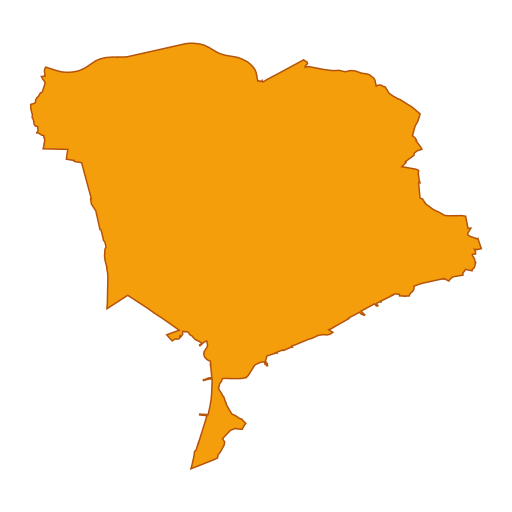 Breda, Noord-Brabant, Netherlands
{"feature_id": "6326949B29161299179415", "entity_name": "Breda", "entity_type": "district", "adm_level": 2, "iso_a3": "NLD", "parent_name": "Netherlands", "parent_adm1": "Noord-Brabant", "projection": "natural_earth1", "projection_center": [4.749, 51.564], "detail": "fine", "context": "isolated", "style": "filled", "palette": "amber", "viewbox_px": 512, "rotation_deg": 0, "n_neighbors": 0, "source": "geoboundaries", "source_scale": "gbopen_adm2", "svg_char_len": 5863}
<svg xmlns="http://www.w3.org/2000/svg" viewBox="0 0 512 512"><path d="M107.0,308.7L127.7,295.3L146.9,307.8L154.6,313.3L162.6,318.5L179.2,330.2L166.7,334.8L172.2,340.9L175.2,338.9L176.2,339.2L178.5,338.9L178.8,338.8L180.5,337.1L179.8,336.3L180.1,335.7L180.4,335.6L181.3,336.2L182.1,335.0L182.5,334.7L182.8,333.9L182.6,332.5L182.8,331.5L184.0,331.3L185.1,331.9L186.8,331.6L188.6,332.6L189.1,333.1L189.3,334.2L189.6,334.6L191.9,335.9L193.8,338.1L194.8,339.1L196.2,340.1L198.4,341.0L201.1,342.6L201.6,343.3L200.5,344.5L199.8,344.7L199.5,345.2L199.6,345.6L200.0,345.8L203.7,342.4L204.8,341.7L206.7,341.0L207.4,344.0L207.5,345.1L207.4,346.1L206.8,347.6L205.0,350.2L204.3,351.3L203.8,353.2L203.9,354.5L204.1,355.8L204.7,357.0L206.0,358.7L207.8,360.1L210.4,361.2L210.7,364.2L210.4,364.2L210.4,364.9L210.6,364.8L211.8,377.7L209.8,377.8L208.1,378.1L204.6,379.6L203.5,379.7L203.3,380.0L203.5,380.1L203.6,380.5L208.7,379.1L210.1,378.9L212.0,379.1L212.2,384.0L212.0,383.9L211.7,392.2L211.1,399.5L209.8,407.2L208.1,414.6L199.7,414.1L199.6,414.9L206.9,415.7L204.9,422.4L198.4,443.2L198.3,442.9L196.0,450.3L195.0,450.9L194.5,451.8L193.8,456.9L191.8,465.7L190.9,468.8L213.4,459.9L217.4,458.1L217.8,456.6L218.0,454.9L220.3,452.1L223.9,445.6L224.1,445.0L224.7,442.1L223.7,440.4L222.5,438.7L230.4,430.3L235.8,428.3L236.0,428.8L242.3,429.3L242.8,428.0L243.9,426.1L245.3,423.9L245.8,423.4L241.9,419.5L242.0,419.3L239.3,418.3L235.4,415.6L232.0,414.1L229.8,410.7L226.7,405.2L226.0,402.6L225.4,401.9L224.4,398.6L223.6,396.6L222.3,395.2L221.7,393.6L219.7,390.6L218.5,388.5L218.4,388.0L218.8,387.7L219.6,383.7L221.5,381.3L221.8,380.6L221.8,380.0L222.4,378.6L225.8,378.4L231.1,378.6L239.4,378.6L242.1,378.4L246.2,377.6L246.0,377.3L247.5,376.3L248.6,374.9L254.3,365.8L255.0,365.0L255.9,364.4L261.2,362.1L264.0,361.9L264.4,362.2L265.1,364.4L266.7,365.3L266.9,365.9L267.5,365.7L267.1,365.2L267.0,364.6L267.5,363.9L267.3,363.4L266.1,362.6L265.8,361.4L265.4,361.2L267.0,355.9L276.1,353.0L276.9,353.1L276.7,352.8L276.1,352.6L282.8,349.9L283.1,350.5L283.7,350.4L291.3,347.1L292.2,347.2L291.5,346.2L296.3,344.4L309.2,339.0L311.3,338.6L318.0,335.5L319.5,335.1L321.9,334.9L322.1,334.6L327.4,334.9L329.9,334.2L331.2,333.6L332.2,332.8L332.9,332.3L329.4,330.3L328.7,329.7L330.0,329.1L330.4,329.0L330.5,329.1L333.4,327.5L333.3,327.4L333.6,327.3L334.0,327.0L348.7,318.7L348.4,318.4L350.3,317.1L353.0,315.6L353.3,315.6L359.3,312.3L361.0,313.9L361.8,314.3L363.5,315.1L364.4,314.7L364.7,315.1L364.8,314.9L361.0,311.1L374.6,303.8L376.4,306.0L377.7,305.8L377.8,305.9L378.0,305.7L376.6,304.1L376.5,303.7L376.7,303.3L380.1,301.5L381.4,302.6L380.7,301.2L392.4,295.4L392.0,295.2L395.0,293.8L399.4,294.4L399.5,295.9L404.2,296.0L404.2,296.3L408.6,295.9L409.0,296.1L410.3,293.4L412.4,291.7L413.3,290.4L414.0,288.5L414.0,286.1L416.2,285.4L417.2,284.9L422.3,283.3L439.4,279.5L442.0,279.0L443.3,279.2L443.8,279.1L444.0,278.8L444.0,278.5L447.5,280.4L448.8,281.0L450.6,278.7L452.0,277.5L452.9,277.0L454.3,276.6L463.0,275.1L462.8,273.0L464.5,271.1L465.4,269.4L472.1,270.8L472.4,269.2L474.1,268.0L474.9,265.6L475.7,262.5L475.2,262.5L474.7,259.5L474.0,258.0L472.5,255.9L472.4,254.8L472.4,254.4L475.6,253.9L475.4,251.4L474.5,249.2L477.0,249.8L477.1,249.4L480.6,248.9L481.3,248.6L477.9,238.5L477.6,238.9L477.3,238.9L469.5,236.1L467.8,234.8L467.9,233.0L470.9,228.1L468.0,228.4L465.6,216.2L462.0,215.6L449.3,215.8L444.8,215.5L439.8,212.6L433.4,209.6L425.2,203.5L425.2,202.9L424.2,201.7L422.7,199.1L420.0,198.0L418.6,182.6L420.0,182.8L419.2,180.0L418.4,174.3L418.1,174.2L418.7,170.5L416.0,169.2L401.9,166.7L406.0,162.6L406.0,162.2L405.4,161.7L414.0,155.2L414.2,153.1L417.4,150.7L421.9,149.3L420.7,147.0L416.1,140.9L416.6,140.7L416.2,139.7L415.4,138.3L412.5,135.6L415.1,126.1L417.8,121.3L420.1,113.9L412.5,107.4L399.8,99.4L398.2,98.9L393.5,96.3L389.2,93.4L385.5,87.4L385.0,86.9L384.4,86.6L383.6,86.7L382.8,86.2L381.9,85.5L380.6,85.0L378.8,85.1L377.7,85.3L376.8,85.6L376.2,86.1L375.0,80.4L374.9,80.0L374.1,78.7L373.7,78.0L372.5,77.2L369.4,74.7L367.2,74.0L361.3,73.1L355.8,71.1L354.3,70.8L351.6,70.6L349.7,70.6L346.3,71.6L344.8,71.7L338.8,70.3L335.4,70.6L331.4,70.5L323.8,69.5L308.3,66.5L305.1,67.3L305.4,65.8L307.2,64.0L307.6,63.5L306.9,61.8L304.6,60.7L303.7,59.8L278.4,73.5L272.1,76.8L266.0,80.1L265.5,80.6L263.0,81.8L262.6,81.9L262.2,81.4L262.4,81.1L262.1,80.4L261.5,81.3L260.8,81.5L259.4,80.8L257.8,81.1L256.1,72.3L254.7,69.2L252.9,66.8L251.4,65.2L248.5,62.6L247.2,61.7L242.4,59.2L238.2,57.6L235.1,56.9L225.8,55.4L221.0,54.0L218.5,53.0L216.0,51.7L208.5,47.2L203.9,45.1L201.1,44.3L197.9,43.7L192.3,43.2L189.7,43.2L185.5,43.7L127.1,56.8L123.7,57.0L117.0,57.0L117.1,57.3L113.4,57.0L105.5,57.6L100.2,58.9L95.7,60.8L85.5,67.7L80.5,70.1L78.7,70.8L74.0,71.8L70.5,72.2L67.1,72.3L63.6,72.1L60.8,71.7L56.6,70.6L45.7,67.1L44.6,69.4L44.4,70.5L45.0,76.2L41.4,76.5L43.0,79.5L43.5,80.2L43.9,80.5L44.3,81.3L45.1,82.4L45.1,82.9L45.0,83.6L42.5,91.3L42.2,91.9L41.6,92.4L40.5,92.8L39.3,94.7L38.6,96.1L38.0,96.8L36.9,97.6L36.4,98.8L35.6,99.8L35.5,100.9L35.6,101.8L35.2,102.6L34.0,103.5L31.1,104.2L30.7,104.5L30.7,106.6L31.0,108.6L30.9,109.5L31.5,111.3L31.7,112.6L32.2,113.9L32.4,115.2L32.1,117.4L33.4,119.8L34.2,124.6L35.6,126.2L37.3,126.3L37.9,127.0L37.6,128.1L38.1,130.0L38.0,130.8L37.7,131.5L36.8,132.6L36.7,132.9L38.4,133.0L39.3,133.7L40.9,134.5L41.7,135.3L43.6,135.5L44.1,136.1L44.0,136.9L43.8,137.2L44.8,139.2L44.5,140.1L44.8,141.2L44.4,142.1L44.5,142.8L43.9,143.9L44.0,145.3L43.1,148.8L67.8,149.4L66.3,159.2L74.3,160.5L74.2,161.3L74.9,161.6L81.6,162.7L91.3,198.6L90.7,198.7L90.5,199.1L91.5,204.3L95.8,210.8L100.0,229.6L101.0,230.0L101.3,230.9L102.5,235.7L103.4,240.0L103.6,240.6L104.7,241.7L106.0,246.3L105.9,247.1L104.9,249.5L104.7,254.0L104.5,254.9L104.6,256.7L105.0,258.7L105.1,258.9L104.8,259.3L107.0,268.0L106.7,268.1L107.5,272.2L107.9,276.6L107.3,304.4L107.1,305.6L107.0,308.7Z" fill="#f59e0b" stroke="#b45309" stroke-width="1.5"/></svg>